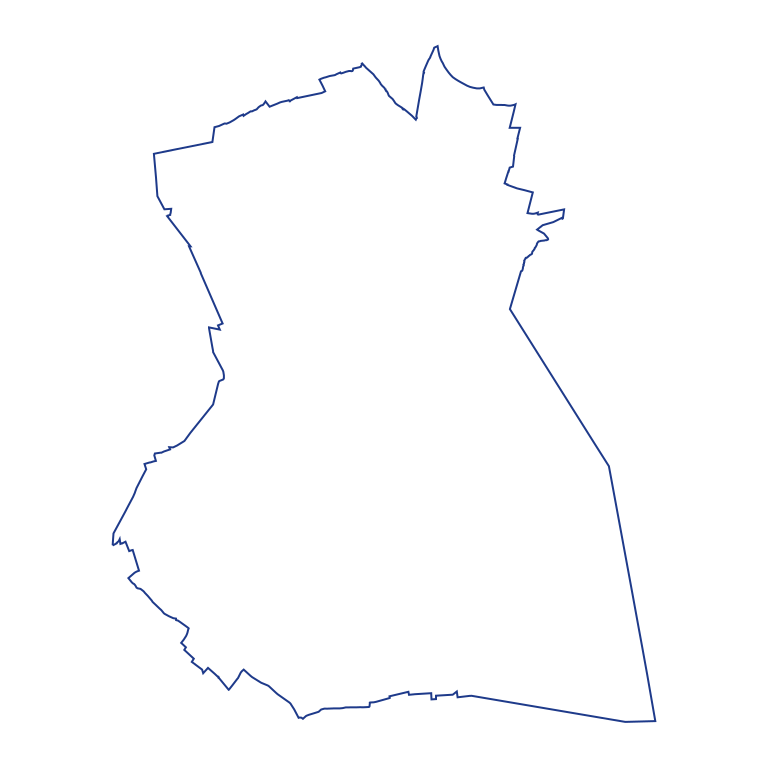 Maashorst, Noord-Brabant, Netherlands (Mercator projection)
{"feature_id": "6326949B62746426981431", "entity_name": "Maashorst", "entity_type": "district", "adm_level": 2, "iso_a3": "NLD", "parent_name": "Netherlands", "parent_adm1": "Noord-Brabant", "projection": "mercator", "projection_center": [5.647, 51.695], "detail": "fine", "context": "isolated", "style": "outline", "palette": "blue", "viewbox_px": 768, "rotation_deg": 0, "n_neighbors": 0, "source": "geoboundaries", "source_scale": "gbopen_adm2", "svg_char_len": 5930}
<svg xmlns="http://www.w3.org/2000/svg" viewBox="0 0 768 768"><path d="M655.3,721.1L647.2,674.6L642.9,650.9L642.8,650.3L638.4,626.4L631.6,589.2L611.5,480.2L608.9,466.2L594.0,442.7L509.9,309.1L521.0,271.3L522.1,270.8L522.3,270.5L522.4,270.2L522.9,268.4L522.9,267.6L523.3,266.0L523.7,265.6L523.7,265.4L523.4,264.6L523.5,264.3L523.9,264.0L524.0,263.8L524.0,263.3L524.0,262.7L524.4,262.0L524.4,261.6L524.1,260.9L524.2,260.7L524.6,260.2L524.8,259.4L525.4,258.8L525.6,258.1L525.7,257.9L526.1,257.7L526.7,257.8L528.2,256.6L528.7,256.0L529.3,255.7L529.8,255.2L530.1,254.9L531.2,254.4L531.8,254.0L532.0,253.7L532.1,253.2L532.2,252.4L532.4,251.7L532.6,251.4L533.8,250.1L533.9,249.7L534.7,248.7L534.8,247.9L535.4,247.4L535.7,246.8L536.0,246.3L536.7,245.0L536.9,244.4L536.9,243.8L537.6,242.6L538.4,241.6L538.9,241.3L539.7,241.3L540.7,240.9L544.5,240.5L545.4,240.2L546.5,240.2L546.9,240.1L547.8,239.6L547.8,239.4L548.1,239.3L548.1,239.0L548.0,238.6L547.9,238.3L544.2,233.8L543.9,233.5L538.3,230.4L537.1,229.6L542.7,225.2L553.3,222.1L562.0,217.8L562.4,218.7L562.9,218.4L564.1,209.4L538.4,214.6L537.7,214.4L537.6,213.8L537.6,213.3L537.8,212.6L535.1,213.5L534.0,213.7L532.9,213.8L531.5,213.7L527.5,213.1L532.8,192.4L524.2,190.1L517.1,188.4L507.4,184.9L507.5,184.5L504.6,183.4L505.3,181.2L506.1,178.5L508.4,171.4L508.6,171.5L509.0,170.1L509.7,167.6L513.0,166.6L514.2,156.3L514.0,155.7L517.8,138.6L517.4,138.5L520.1,127.8L509.7,127.8L511.3,121.5L513.7,111.9L515.5,104.3L514.4,104.8L511.8,105.4L510.1,105.7L509.0,105.7L507.3,105.5L506.2,105.3L504.6,105.0L496.3,104.9L493.4,104.5L487.6,95.2L484.3,89.7L483.7,87.5L479.8,88.4L476.8,88.4L473.1,87.7L470.0,86.9L467.1,85.7L460.5,82.1L457.9,80.6L455.5,79.1L452.8,77.2L450.7,75.0L448.7,72.6L446.5,69.6L444.5,66.7L442.7,62.9L441.7,61.3L440.5,58.7L439.5,56.0L439.0,53.8L438.3,50.5L437.6,46.1L434.2,47.7L433.5,49.9L430.3,56.9L430.3,57.2L429.7,58.3L428.8,59.5L428.0,61.1L425.7,66.4L423.6,71.4L423.6,71.7L423.8,72.1L424.1,72.5L424.0,72.8L423.7,72.6L423.6,72.3L423.1,75.6L422.7,78.8L422.1,83.1L420.7,91.2L419.2,99.4L416.3,116.4L416.5,116.6L416.8,117.7L416.7,117.7L415.8,119.7L412.0,115.8L407.2,111.7L404.4,109.4L404.5,109.4L404.3,109.3L403.5,108.8L403.6,109.5L403.2,109.5L402.3,108.5L402.0,107.7L397.8,105.1L396.2,103.9L395.4,103.2L393.8,100.7L392.6,99.0L389.0,95.9L388.7,95.4L388.5,94.9L387.6,92.6L387.4,92.2L386.6,91.1L386.2,91.1L386.0,90.7L385.8,90.1L385.7,90.2L384.4,87.9L383.8,87.3L382.1,85.7L380.7,84.0L380.0,82.6L378.7,80.7L376.0,77.8L375.2,76.8L373.4,74.3L366.1,67.8L364.5,65.9L364.4,65.9L362.2,63.4L361.8,63.7L362.1,64.2L362.0,64.6L361.1,65.7L361.0,66.6L360.4,66.9L359.6,67.2L353.2,68.6L352.9,70.1L352.8,70.5L352.4,71.0L351.5,71.2L350.4,71.0L349.8,71.0L349.0,71.0L345.9,71.8L343.5,72.7L341.3,73.4L340.6,73.2L340.3,72.5L336.5,74.2L335.1,75.0L334.4,75.2L329.8,76.0L328.8,76.3L325.7,77.3L324.0,77.7L321.0,78.8L319.4,79.6L322.6,85.8L325.2,91.3L321.6,93.0L297.2,98.1L296.9,97.2L290.5,100.6L290.0,101.3L289.8,101.3L289.8,101.2L288.8,100.2L287.3,100.7L281.7,101.9L279.8,102.5L277.4,103.6L269.6,106.7L265.5,101.4L265.0,102.3L264.3,103.2L263.7,104.1L262.7,105.1L261.0,105.5L260.4,105.9L259.0,106.9L258.5,107.3L256.7,109.3L255.6,109.8L254.4,110.2L251.9,111.4L251.6,111.3L250.8,111.3L250.2,111.6L247.7,113.2L246.4,113.9L243.6,115.8L243.2,114.5L239.1,116.3L235.1,119.2L233.6,120.2L232.5,120.8L229.7,122.4L226.5,123.7L225.2,123.5L224.5,123.5L219.0,126.0L214.5,127.2L212.4,142.0L174.1,149.7L153.9,153.8L156.0,177.5L157.4,196.2L164.4,209.3L171.2,208.8L170.7,212.6L170.3,214.2L169.9,214.7L170.0,215.0L167.8,215.6L167.9,216.0L167.2,216.2L172.7,223.3L190.5,246.3L189.0,246.3L200.8,272.8L200.8,273.3L222.6,323.5L218.0,325.4L219.8,329.6L209.0,327.4L209.0,328.0L209.7,332.1L212.3,346.9L213.1,351.1L213.1,352.1L222.8,370.3L223.3,371.6L223.9,375.3L223.9,378.2L223.7,378.4L223.7,378.7L223.5,379.1L223.3,379.4L222.9,379.6L219.4,381.0L218.9,381.5L218.1,383.9L213.1,404.5L190.4,432.8L184.4,441.0L176.9,445.6L173.1,447.4L169.2,447.2L170.1,449.4L163.9,451.5L161.4,452.7L161.1,452.6L154.9,453.5L154.7,454.1L154.3,455.4L155.9,460.9L153.6,461.4L150.5,462.4L149.5,462.5L144.5,464.0L146.2,469.3L142.5,476.3L136.5,488.1L135.3,491.4L134.8,492.9L133.1,496.8L127.2,507.9L125.3,511.6L113.5,533.4L112.7,544.4L113.3,544.6L113.5,545.0L116.6,543.4L116.5,543.1L117.9,541.8L118.7,541.2L119.7,539.1L120.4,543.9L121.8,543.3L122.0,543.5L125.5,541.7L129.2,551.1L131.4,550.3L132.7,550.0L139.0,570.7L136.8,571.5L136.0,571.9L134.5,572.8L128.4,578.1L131.6,582.1L132.4,582.9L133.1,583.5L134.1,584.0L134.3,584.3L134.7,584.6L135.6,585.9L136.5,587.6L137.6,588.3L140.5,588.9L143.0,590.8L143.8,591.5L145.0,593.0L147.7,595.8L150.6,599.2L151.8,600.6L152.5,601.8L153.1,602.4L159.4,608.4L161.2,610.0L163.9,613.3L164.7,613.9L169.1,616.3L173.3,618.2L176.0,618.6L176.1,620.1L178.0,620.6L180.5,622.3L186.5,626.6L188.6,628.2L188.7,628.5L188.2,629.5L187.5,632.5L187.1,633.7L186.6,634.9L186.1,636.0L183.7,639.7L181.2,642.9L185.9,647.3L184.3,649.9L193.8,658.7L191.8,661.9L202.1,669.6L203.2,673.2L208.0,667.9L214.7,673.8L218.1,677.0L218.3,677.4L218.6,677.1L218.8,677.5L218.7,677.7L228.7,689.8L228.9,689.7L232.3,685.4L237.2,679.0L238.0,678.1L240.1,673.9L240.7,672.7L241.1,672.1L242.0,671.1L243.7,669.6L250.5,675.8L252.1,677.1L260.6,682.4L261.3,682.8L267.8,685.5L268.9,686.2L276.0,692.8L277.6,694.2L289.5,702.6L290.6,703.7L291.0,704.4L294.2,709.4L298.6,717.8L299.5,717.5L301.5,717.7L301.6,717.8L302.9,718.8L305.9,716.1L306.6,715.7L308.9,714.8L314.8,713.0L318.6,711.8L321.2,709.5L324.1,708.7L325.0,708.6L326.4,708.7L334.0,708.4L339.7,708.4L342.7,708.1L345.8,707.4L357.3,707.3L360.3,707.2L362.9,707.3L368.9,707.0L369.4,706.6L369.5,706.4L369.8,703.7L369.8,702.6L370.0,702.5L373.8,702.3L376.2,701.8L389.4,698.1L389.8,697.9L389.5,696.3L408.4,691.8L409.0,694.8L415.0,694.2L431.2,693.2L431.5,699.4L436.0,699.1L436.0,695.8L436.0,695.7L452.7,694.7L453.0,694.5L456.8,691.5L457.6,697.3L469.5,695.9L471.6,695.8L625.3,721.9L655.3,721.1Z" fill="none" stroke="#1e3a8a" stroke-width="2"/></svg>